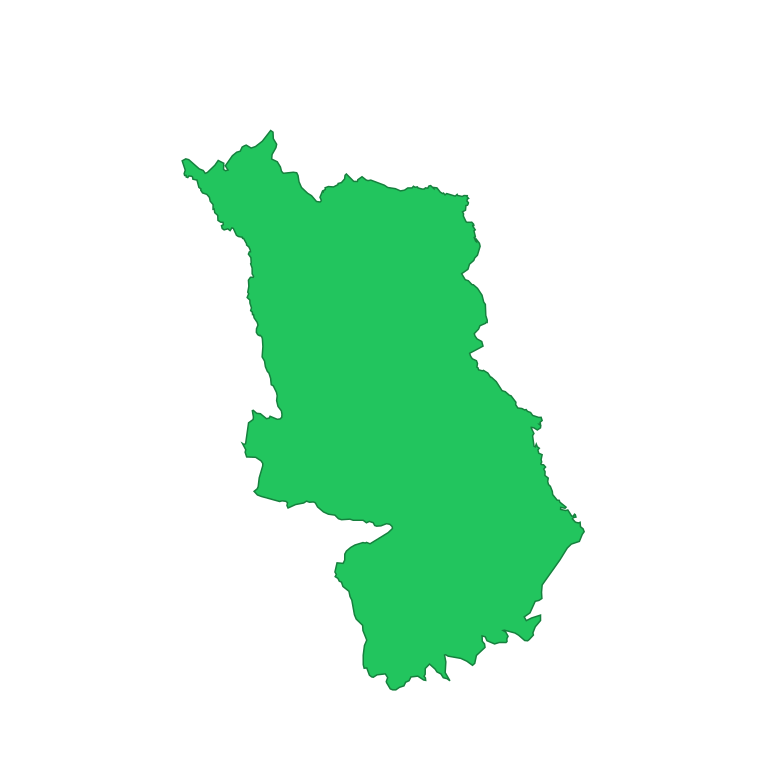 the district of Kamina, Katanga, Democratic Republic of the Congo, rotated 330°
{"feature_id": "63176286B31000864957103", "entity_name": "Kamina", "entity_type": "district", "adm_level": 2, "iso_a3": "COD", "parent_name": "Democratic Republic of the Congo", "parent_adm1": "Katanga", "projection": "natural_earth1", "projection_center": [24.927, -8.635], "detail": "fine", "context": "isolated", "style": "filled", "palette": "green", "viewbox_px": 768, "rotation_deg": 330, "n_neighbors": 0, "source": "geoboundaries", "source_scale": "gbopen_adm2", "svg_char_len": 6167}
<svg xmlns="http://www.w3.org/2000/svg" viewBox="0 0 768 768"><g transform="rotate(330 384 384)"><path d="M550.2,262.5L547.5,260.8L545.5,260.7L541.9,257.4L542.1,256.4L539.6,256.9L533.5,250.4L531.4,250.7L531.0,248.4L530.0,248.4L528.7,246.0L527.9,240.6L525.4,238.7L524.9,239.7L523.6,235.5L521.9,235.0L519.8,236.3L517.9,234.8L516.6,235.3L514.7,234.4L511.5,231.2L511.5,230.0L509.2,229.1L508.4,227.5L506.3,228.2L502.6,226.1L498.7,226.4L494.8,225.0L491.5,220.5L485.5,215.7L483.7,212.0L474.5,200.8L471.9,199.9L470.6,198.5L468.6,193.5L463.5,194.0L462.2,195.3L459.1,193.4L456.4,183.3L454.6,183.8L452.4,186.7L447.8,188.3L444.5,187.4L443.8,188.3L438.8,188.1L434.6,185.2L431.1,184.6L430.5,186.2L428.5,186.2L427.5,187.2L427.2,186.2L421.9,190.3L421.6,193.5L420.9,194.1L419.6,194.4L416.8,192.2L415.4,184.7L413.2,180.6L410.8,172.5L411.5,166.4L413.8,160.4L414.0,157.4L411.4,155.3L402.2,151.2L401.6,148.5L402.8,144.3L402.7,138.2L399.2,133.0L401.8,129.3L408.6,125.3L410.9,122.7L410.8,116.2L413.8,110.4L412.6,107.8L400.0,112.9L391.4,114.1L386.9,113.2L384.1,108.2L382.0,107.9L379.6,107.9L375.9,110.5L372.3,109.6L366.8,110.5L355.7,115.7L355.9,120.7L353.4,120.1L352.3,118.0L355.6,112.7L352.2,107.5L346.9,110.0L336.8,112.5L334.5,112.2L334.2,108.7L331.6,105.4L327.1,92.1L324.9,89.9L320.8,89.8L318.8,99.4L316.1,101.9L315.6,103.7L316.9,104.4L316.2,105.8L317.3,107.1L319.0,106.3L321.2,107.8L321.7,108.9L320.9,111.1L324.0,113.9L322.0,121.2L323.0,123.4L322.2,124.6L322.4,127.8L325.4,131.2L326.1,135.1L324.9,138.8L325.7,143.1L323.3,147.2L324.4,147.5L323.1,151.0L324.3,154.9L322.0,159.3L323.4,162.1L325.4,163.5L324.5,165.7L322.4,165.6L321.6,168.5L322.6,170.6L326.3,171.5L327.4,174.2L330.4,172.7L331.3,174.0L330.6,181.4L331.6,183.4L334.7,186.1L334.3,187.2L335.2,187.8L335.1,193.8L334.5,194.9L335.5,197.8L335.2,201.0L334.5,202.7L333.5,202.2L331.5,203.7L331.9,208.0L329.6,212.6L328.6,213.2L327.8,217.6L324.9,222.7L324.9,225.5L324.1,226.2L321.7,224.8L318.5,226.3L315.8,231.8L311.9,236.4L311.9,238.2L308.7,240.7L309.8,244.2L308.3,247.0L307.3,251.8L305.2,253.8L305.9,255.9L304.8,258.2L305.7,258.7L304.6,261.7L305.0,267.2L304.3,270.0L301.2,272.4L299.3,275.4L299.3,278.1L300.3,279.9L301.1,279.9L301.7,282.2L301.3,284.0L297.8,291.1L292.0,299.6L292.0,304.4L289.9,309.8L289.3,314.8L289.8,317.1L288.6,322.5L286.0,328.2L287.2,330.3L286.7,337.4L285.6,340.8L282.7,344.7L281.0,350.4L281.7,355.9L280.5,359.2L278.8,361.7L276.5,362.3L273.9,361.2L269.2,355.0L267.6,356.1L264.9,355.3L262.1,347.9L259.1,345.7L257.6,341.4L256.6,341.3L254.4,347.3L252.9,349.3L247.3,349.9L234.3,366.5L232.5,366.3L231.7,364.8L231.4,371.8L229.6,373.7L228.6,378.5L236.2,383.3L239.1,389.0L239.3,392.2L238.0,394.3L229.0,402.9L223.7,410.0L221.7,411.4L217.8,412.0L218.9,416.8L221.6,420.1L234.9,433.6L237.3,434.2L240.3,436.5L241.1,438.5L239.2,440.7L238.9,443.4L247.2,444.2L255.0,446.9L258.3,446.7L260.3,449.1L264.0,450.9L265.1,452.6L265.0,457.2L267.6,464.5L270.7,468.9L275.9,473.0L277.2,477.9L279.4,480.3L286.9,484.0L289.2,486.6L297.8,491.6L299.4,495.4L302.6,495.7L305.3,498.7L305.2,501.9L306.5,503.4L310.4,505.3L316.3,506.2L318.9,508.4L319.8,511.6L319.0,513.4L313.3,514.8L292.0,515.4L289.6,512.4L288.3,512.4L286.5,510.8L278.3,508.9L273.3,508.9L267.9,509.9L265.0,511.7L261.9,516.9L258.9,518.9L253.9,515.4L247.5,522.3L247.5,525.1L245.4,526.4L246.9,529.3L246.7,532.4L248.1,534.3L247.2,538.8L250.0,546.0L248.3,551.1L248.1,555.0L243.0,569.1L242.4,573.7L244.8,582.3L242.5,587.0L241.0,597.2L236.3,600.7L230.4,608.5L225.7,616.7L224.7,620.2L227.1,621.3L225.8,628.8L226.8,631.4L228.1,632.6L232.6,632.4L240.2,635.7L240.4,640.1L237.2,642.8L236.9,644.0L237.0,651.2L238.6,653.2L241.4,654.8L245.7,654.4L250.3,655.4L253.6,653.1L257.3,653.5L260.9,651.2L267.2,653.9L270.3,660.1L271.9,661.5L272.9,659.2L272.6,657.1L274.5,656.0L277.5,651.0L283.4,649.3L285.7,656.5L285.9,659.8L288.3,663.5L288.5,668.0L291.3,670.8L292.7,674.0L292.7,664.5L298.6,655.6L300.9,649.0L302.1,649.3L303.4,651.7L313.3,660.0L317.1,665.4L320.0,671.9L322.9,671.3L328.3,665.3L339.8,662.6L341.1,659.4L340.5,655.9L343.0,651.2L345.3,653.6L344.8,657.8L349.8,664.4L354.6,665.5L360.4,668.9L361.8,668.5L363.0,666.0L365.3,664.5L365.4,659.7L363.9,657.0L365.2,657.4L372.9,665.1L375.0,668.9L377.6,676.5L380.0,678.2L382.1,677.9L387.9,676.1L388.5,674.0L393.6,669.9L401.3,667.1L404.0,662.4L394.7,660.4L388.9,660.1L389.0,655.8L396.0,655.2L406.3,647.8L409.9,648.9L413.5,648.7L416.3,643.1L420.5,637.1L448.4,624.3L460.7,617.7L466.2,616.3L474.5,618.0L480.6,613.3L483.5,612.0L484.0,609.0L482.8,605.8L484.7,601.8L483.0,601.6L480.7,599.4L479.7,595.0L481.2,594.4L483.7,595.2L484.3,592.9L483.9,592.0L481.9,593.0L480.5,592.3L480.2,585.0L478.0,584.4L474.2,580.9L475.3,579.2L478.7,582.1L480.1,581.7L477.2,574.2L477.6,572.4L475.9,571.2L474.8,564.1L476.1,561.1L476.9,555.8L476.2,553.3L477.0,550.3L479.2,547.6L477.6,543.7L479.7,540.4L479.8,537.5L482.4,536.7L481.8,533.8L479.9,532.3L480.0,531.4L481.6,530.4L482.2,528.1L485.6,524.3L483.4,521.3L484.3,518.0L486.4,517.3L485.4,515.0L485.8,512.2L483.6,514.1L482.8,512.9L486.8,503.1L489.1,501.8L489.5,495.8L489.9,495.2L491.9,496.9L493.8,500.5L497.6,500.2L499.0,498.4L498.2,496.3L499.5,496.9L500.0,495.2L502.7,494.7L503.4,491.4L501.3,490.3L497.0,485.5L496.7,482.0L494.6,479.4L494.3,477.2L492.8,476.8L491.2,474.2L487.9,471.7L487.7,467.8L489.1,465.7L488.1,457.7L486.9,456.4L485.2,451.3L482.9,448.8L482.4,438.1L480.4,431.8L479.7,431.5L479.4,426.4L476.9,421.9L475.8,421.8L473.0,419.0L473.5,417.1L472.9,415.8L475.2,413.0L475.7,410.1L473.1,406.3L472.9,403.3L473.5,400.2L488.7,400.7L489.9,396.1L487.1,391.4L486.8,387.8L487.4,385.5L493.4,383.7L496.2,381.5L502.3,382.2L503.1,381.6L504.1,382.3L505.3,380.4L506.4,375.6L511.6,365.7L511.3,363.0L513.3,356.1L512.8,347.9L511.0,342.7L509.9,342.0L508.7,336.8L506.5,334.3L506.4,327.3L514.1,326.6L517.9,323.0L523.5,321.9L525.6,320.2L529.3,319.2L536.1,312.8L537.0,309.8L536.3,304.8L535.2,307.1L534.8,306.1L535.4,302.2L536.8,302.0L538.5,296.3L540.1,296.1L539.8,291.9L540.1,291.0L541.1,291.6L541.5,290.4L540.9,287.8L536.6,285.4L536.2,284.4L536.7,278.2L538.0,276.4L538.0,274.2L541.5,274.2L544.2,270.4L545.7,270.9L547.1,270.0L547.8,269.1L547.3,267.0L548.8,265.4L550.0,265.6L549.6,263.0L550.2,262.5Z" fill="#22c55e" stroke="#15803d" stroke-width="1.5"/></g></svg>